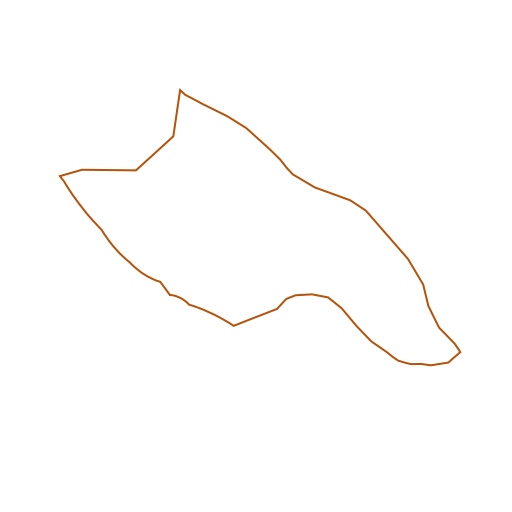 Dumyat 2, Dumyat, Egypt (Equal Earth projection), rotated 333°
{"feature_id": "37247803B80860993707274", "entity_name": "Dumyat 2", "entity_type": "district", "adm_level": 2, "iso_a3": "EGY", "parent_name": "Egypt", "parent_adm1": "Dumyat", "projection": "equal_earth", "projection_center": [31.811, 31.425], "detail": "fine", "context": "isolated", "style": "outline", "palette": "amber", "viewbox_px": 512, "rotation_deg": 333, "n_neighbors": 0, "source": "geoboundaries", "source_scale": "gbopen_adm2", "svg_char_len": 1876}
<svg xmlns="http://www.w3.org/2000/svg" viewBox="0 0 512 512"><g transform="rotate(333 256 256)"><path d="M117.6,95.8L118.2,99.5L118.5,100.8L118.8,102.2L119.1,106.3L119.5,110.7L120.0,115.0L120.5,119.4L121.2,123.7L121.9,128.1L122.7,132.4L123.5,136.6L124.4,140.9L125.4,145.2L126.5,149.4L127.7,153.6L128.9,157.8L130.1,161.9L130.3,162.5L130.5,164.8L130.8,167.8L131.2,170.9L131.6,173.9L132.1,176.9L132.7,179.8L133.3,182.8L134.1,185.7L134.9,188.6L135.7,191.5L136.7,194.4L137.7,197.2L138.7,200.0L139.9,202.7L140.7,204.6L141.0,205.7L141.6,207.5L141.8,208.0L142.2,209.2L142.6,210.3L143.5,212.5L144.0,213.6L144.5,214.7L145.5,216.9L146.0,218.0L146.6,219.0L147.7,221.1L148.4,222.1L149.0,223.1L150.2,225.1L150.9,226.0L151.6,227.0L153.0,228.9L153.7,229.8L154.4,230.7L155.9,232.5L157.5,234.1L158.3,234.9L159.0,235.7L160.6,245.4L161.6,251.7L162.1,251.9L162.9,252.5L164.1,253.3L164.7,253.8L165.2,254.2L166.3,255.2L166.8,255.8L167.3,256.3L168.3,257.4L168.8,258.0L169.2,258.6L170.1,259.8L170.5,260.4L170.9,261.1L171.7,262.4L172.0,263.1L172.4,263.8L173.0,265.2L173.3,265.9L173.6,266.6L174.0,268.1L174.3,269.0L177.0,271.6L179.5,274.2L182.0,276.9L184.4,279.6L186.7,282.4L189.0,285.3L191.3,288.1L193.5,291.1L195.6,294.1L197.7,297.2L199.7,300.3L201.7,303.4L203.6,306.7L204.4,308.1L225.3,310.1L250.6,312.7L263.5,308.0L273.5,309.0L288.5,315.6L301.5,325.7L308.6,341.5L313.8,364.1L320.0,384.5L329.1,401.4L331.5,406.8L332.1,408.2L334.6,412.7L335.2,413.8L341.2,419.5L345.2,422.8L354.2,427.2L362.2,432.8L379.1,438.3L382.2,437.4L385.4,436.6L394.4,434.4L393.3,424.6L386.6,402.9L386.7,392.2L386.9,378.7L392.0,357.3L390.1,327.7L374.5,265.5L365.3,249.2L355.5,238.7L346.0,228.5L339.6,221.7L325.8,199.9L323.5,191.8L321.3,181.0L316.8,167.4L305.4,137.6L293.9,118.5L277.6,96.6L266.1,80.2L263.7,73.7L236.7,111.8L217.6,117.1L187.9,125.2L140.2,100.2L117.6,95.8Z" fill="none" stroke="#b45309" stroke-width="2"/></g></svg>